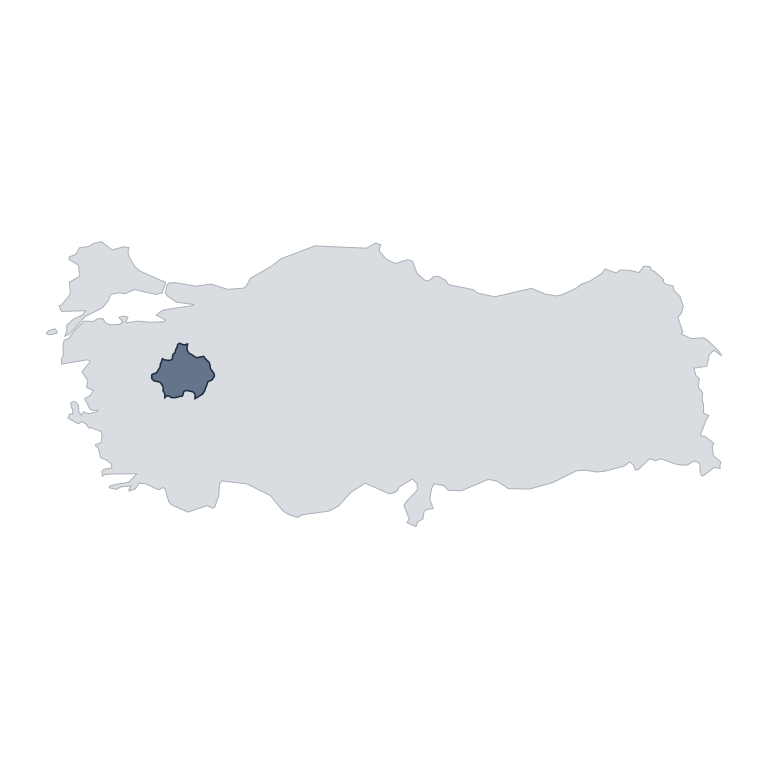 Kütahya highlighted on a map of Turkey
{"feature_id": "TUR-2276", "entity_name": "Kütahya", "entity_type": "Province", "adm_level": 1, "iso_a3": "TUR", "parent_name": "Turkey", "parent_adm1": "", "projection": "mercator", "projection_center": [29.429, 39.315], "detail": "fine", "context": "in_parent", "style": "filled", "palette": "slate", "viewbox_px": 768, "rotation_deg": 0, "n_neighbors": 0, "source": "natural_earth", "source_scale": "10m", "svg_char_len": 4802}
<svg xmlns="http://www.w3.org/2000/svg" viewBox="0 0 768 768"><path d="M605.2,269.0L616.3,273.0L619.9,270.0L629.9,270.4L638.9,272.6L643.9,266.1L650.3,266.8L651.5,270.2L654.5,271.4L663.8,279.8L662.8,280.9L665.0,283.9L673.1,286.0L673.9,290.3L680.1,296.6L683.3,306.4L681.4,313.1L677.9,317.4L682.8,332.0L681.3,333.9L691.0,338.6L703.3,337.8L707.2,339.9L719.0,351.4L721.9,355.8L713.8,350.3L709.2,355.0L706.8,366.2L693.9,368.2L695.9,375.5L699.4,378.9L698.2,385.7L699.1,388.4L702.7,392.9L702.1,399.0L703.6,405.5L703.6,413.2L709.0,415.5L706.5,419.1L700.5,434.7L700.9,435.9L704.9,436.3L713.9,443.5L712.3,445.8L713.3,455.7L721.1,462.2L719.8,465.4L720.1,468.7L714.5,467.2L703.0,476.0L701.7,475.8L700.2,472.7L699.8,464.0L697.1,461.7L693.5,461.1L687.3,465.1L681.6,465.0L676.0,464.2L661.0,458.8L655.5,460.6L649.8,458.6L638.6,469.3L635.2,470.2L633.5,464.9L629.6,461.9L624.6,465.9L605.4,471.1L596.5,472.0L585.7,470.2L576.8,470.7L552.5,482.7L529.2,489.1L508.4,488.6L497.0,481.1L488.1,479.4L461.4,490.8L448.3,490.3L444.0,485.7L434.0,483.7L431.8,488.2L429.7,498.9L433.2,508.7L427.6,509.3L424.0,511.5L423.0,518.8L417.8,521.7L416.1,526.2L415.2,526.3L406.9,522.6L409.2,519.0L404.0,505.4L406.6,501.2L417.4,490.1L417.1,483.5L412.4,479.0L398.8,487.2L397.5,490.3L394.4,492.8L389.3,493.8L365.0,483.1L350.7,492.5L338.5,506.0L329.4,511.0L302.3,514.8L297.6,517.4L288.4,514.5L282.9,510.9L270.3,495.5L246.7,483.8L221.7,481.0L219.5,484.0L218.7,495.9L214.7,507.1L212.6,508.3L207.1,505.5L188.0,512.1L171.5,504.8L168.7,501.6L165.0,488.5L162.6,487.6L160.0,489.4L157.2,489.3L145.4,483.7L139.1,483.3L135.3,488.9L129.0,491.1L128.9,489.6L131.3,486.0L121.4,486.7L116.2,489.4L109.1,487.7L109.5,486.2L115.3,484.4L128.5,482.4L136.9,473.7L105.4,474.2L102.3,476.1L101.9,471.5L103.7,469.4L111.9,467.8L111.4,464.0L106.3,459.9L100.8,457.8L98.3,448.2L95.5,445.8L95.8,444.5L101.0,442.8L102.1,435.8L101.3,431.5L91.1,427.7L88.8,428.1L86.3,424.3L81.9,421.6L78.3,423.8L68.0,418.1L69.9,413.9L72.5,414.0L72.9,410.7L70.9,405.3L71.1,402.5L73.3,401.7L75.9,402.2L78.5,405.5L78.8,411.7L81.6,415.5L83.4,411.7L88.2,413.8L96.5,411.9L98.2,410.2L92.0,410.4L89.8,408.9L84.7,398.6L89.9,395.6L93.5,390.6L86.5,387.2L87.9,380.2L81.8,372.1L89.9,361.9L89.5,360.4L87.0,359.8L61.8,364.1L61.3,359.5L63.2,355.5L63.1,345.5L64.2,340.2L68.8,338.5L74.5,330.6L83.8,321.2L93.5,321.4L97.4,318.8L103.1,318.6L104.8,322.3L109.8,324.9L118.8,324.5L123.0,322.1L118.9,317.4L123.9,316.0L128.0,317.1L125.8,322.1L127.0,322.6L138.6,321.1L150.6,322.3L163.9,321.7L165.6,320.1L156.2,315.0L162.2,310.5L165.6,309.6L193.5,305.5L193.6,304.5L176.5,302.2L167.7,296.2L165.3,292.9L167.0,285.0L168.9,282.9L175.0,282.6L196.1,286.2L211.1,284.1L227.5,289.3L243.2,288.2L246.5,285.9L250.4,278.3L272.6,265.6L280.4,259.0L314.9,245.9L366.6,248.2L375.6,243.1L380.9,244.8L379.4,248.2L379.7,251.3L385.9,259.0L395.1,263.5L407.9,259.7L412.5,261.2L417.0,273.3L425.0,280.4L428.7,281.0L433.6,276.7L438.2,276.2L445.7,280.4L448.3,284.6L473.0,289.6L478.1,293.2L494.8,296.8L531.7,288.3L545.1,294.1L556.4,295.9L561.3,295.1L576.2,288.2L580.8,284.4L590.1,281.0L601.8,273.4L605.2,269.0ZM128.9,247.6L127.9,253.0L130.1,259.0L135.3,267.2L140.6,271.4L165.7,282.5L162.1,292.9L155.9,294.5L134.4,289.5L125.7,293.7L119.4,292.7L110.7,294.5L108.2,300.8L102.2,307.9L85.0,316.7L69.4,334.0L64.9,336.2L66.9,330.4L66.7,325.2L73.6,319.1L83.2,314.5L85.7,310.7L61.5,311.4L59.1,306.0L61.6,305.0L69.4,295.4L70.3,291.6L69.4,282.1L79.0,276.7L79.8,274.4L78.3,265.0L69.1,259.6L69.3,256.9L75.8,254.4L79.5,247.8L89.0,246.5L93.5,243.4L101.7,241.7L111.9,249.9L124.1,246.8L128.9,247.6ZM56.7,333.4L48.6,334.8L46.1,333.4L48.6,330.6L54.9,328.7L57.0,331.5L56.7,333.4Z" fill="#d9dde1" stroke="#a8b0b8" stroke-width="1"/><path d="M187.6,344.0L187.0,347.9L187.2,349.9L188.4,352.4L188.9,353.1L190.3,354.0L191.6,354.5L195.5,357.3L197.0,357.7L199.8,357.0L202.4,356.6L203.7,356.3L205.1,358.5L209.0,362.2L210.0,365.0L210.4,368.5L213.9,373.2L214.5,376.1L212.1,379.9L207.9,381.8L207.2,383.6L206.7,385.7L205.7,387.6L204.8,390.6L203.3,393.0L202.3,394.3L195.0,398.7L195.0,394.0L193.3,392.1L192.3,391.7L187.9,390.7L185.7,390.7L184.7,391.0L183.8,391.6L183.2,394.1L182.3,396.2L180.3,396.3L175.9,397.6L173.3,397.7L170.9,397.4L168.8,396.0L166.7,396.0L164.8,397.7L164.9,394.8L164.2,392.7L163.0,390.6L163.3,387.8L163.1,387.0L162.7,386.3L160.5,382.7L159.4,382.0L154.1,380.9L153.4,380.3L151.6,378.3L151.9,377.8L151.8,376.7L151.6,376.2L151.9,374.6L153.3,373.9L155.8,373.1L157.0,372.2L158.1,370.2L158.3,369.6L159.2,368.6L160.0,367.2L160.4,364.0L160.9,362.7L161.3,362.3L161.6,361.7L161.6,360.8L161.8,359.9L162.5,358.6L163.8,359.6L165.4,360.0L167.9,360.3L170.4,360.3L172.3,359.0L172.6,356.0L173.3,353.9L175.0,352.7L175.9,349.0L176.6,348.3L177.0,347.2L177.7,344.5L179.5,343.2L183.2,344.7L184.3,344.8L185.5,344.6L186.5,344.1L187.6,344.0Z" fill="#64748b" stroke="#1e293b" stroke-width="1.5"/></svg>